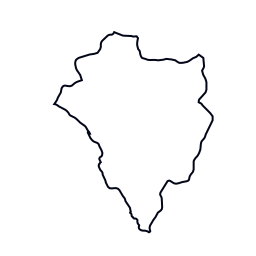 an SVG outline of Benguela, rotated 289°
{"feature_id": "AGO-1887", "entity_name": "Benguela", "entity_type": "Province", "adm_level": 1, "iso_a3": "AGO", "parent_name": "Angola", "parent_adm1": "", "projection": "mercator", "projection_center": [13.731, -12.811], "detail": "fine", "context": "isolated", "style": "outline", "palette": "ink", "viewbox_px": 256, "rotation_deg": 289, "n_neighbors": 0, "source": "natural_earth", "source_scale": "10m", "svg_char_len": 2871}
<svg xmlns="http://www.w3.org/2000/svg" viewBox="0 0 256 256"><g transform="rotate(289 128 128)"><path d="M37.0,183.1L37.1,182.9L36.3,181.9L36.2,181.4L36.4,181.1L36.6,180.8L36.6,178.5L36.4,177.4L35.7,175.0L35.6,173.9L35.8,172.7L36.2,171.6L37.0,170.8L38.0,170.4L39.5,170.3L40.0,169.8L40.4,169.0L41.4,167.9L42.6,167.3L43.5,167.1L44.2,166.7L44.8,165.4L44.9,164.7L44.7,164.2L44.5,163.7L44.4,163.1L44.5,162.6L45.2,161.9L45.3,161.4L45.8,160.3L47.8,159.2L48.3,158.4L48.5,157.6L48.9,157.5L49.4,157.8L49.8,157.9L51.1,157.0L51.2,156.9L52.4,156.3L53.3,155.7L57.9,149.6L60.0,148.1L60.7,147.4L61.9,145.4L66.3,140.3L67.3,138.4L67.3,136.4L66.6,134.5L65.6,132.4L65.1,130.1L65.9,128.2L69.2,124.8L70.9,123.8L75.6,119.3L77.4,118.4L78.0,117.8L79.2,115.7L79.7,115.1L81.7,113.2L82.9,112.5L84.3,112.4L84.4,112.7L86.0,112.9L86.8,113.4L89.1,111.1L89.9,110.8L91.2,111.0L92.4,112.0L93.6,112.4L96.1,111.9L98.2,110.3L101.4,106.9L103.0,105.7L103.6,104.7L103.9,103.6L104.0,100.6L104.3,99.2L104.9,97.9L106.2,95.8L110.7,91.4L111.2,91.4L111.2,91.9L110.4,92.2L110.0,92.6L109.9,93.2L110.2,93.9L111.3,92.8L112.8,90.5L115.1,87.9L115.8,86.8L117.5,81.1L119.6,76.7L120.4,74.4L121.1,69.3L121.6,68.2L122.7,67.1L123.5,65.9L124.2,64.5L124.8,62.9L125.9,55.7L126.6,53.5L126.8,52.0L126.6,50.5L130.2,51.5L132.0,51.8L133.8,51.8L139.7,52.9L143.9,52.3L145.4,52.6L146.8,53.3L147.6,54.6L148.2,58.1L148.7,59.7L149.8,61.1L153.0,63.0L154.8,64.5L158.2,68.8L162.6,65.5L166.1,60.8L167.5,59.5L170.9,57.4L172.6,56.8L174.4,56.6L175.8,56.8L178.2,58.5L185.0,67.8L187.0,71.7L189.1,74.7L193.4,76.0L195.8,75.9L198.8,74.9L200.5,74.8L202.2,75.3L208.7,78.7L209.9,79.8L210.6,81.2L211.0,82.4L212.5,83.5L214.1,83.7L213.7,92.8L214.0,94.3L216.1,101.3L216.1,103.0L217.5,106.3L216.2,108.2L213.1,108.6L210.6,109.2L209.0,109.9L207.3,111.0L205.9,112.0L204.7,113.9L201.3,115.9L199.8,117.1L198.8,118.6L199.0,122.0L198.9,123.9L199.2,125.9L201.1,131.2L201.9,134.7L204.1,139.2L205.7,141.5L206.0,142.4L207.0,147.0L207.4,150.8L206.9,152.2L206.6,153.5L206.3,155.2L206.8,156.9L207.6,158.8L209.8,162.5L211.5,164.1L215.2,166.8L217.5,169.4L220.4,171.0L218.8,176.4L211.0,179.9L209.5,179.9L206.3,179.4L202.8,181.8L200.0,184.9L198.3,186.3L196.7,187.3L189.7,189.7L186.9,189.7L181.1,187.3L178.4,186.1L177.5,185.9L175.3,186.5L175.1,188.4L174.8,189.6L173.7,191.1L168.8,201.0L166.6,204.2L162.9,205.5L147.2,203.6L144.8,203.7L143.0,203.4L139.5,202.0L138.3,201.9L136.6,202.1L131.3,203.4L127.9,203.4L125.6,203.1L123.7,202.6L122.1,201.8L119.8,201.1L118.0,200.9L110.4,203.5L108.2,203.7L107.1,203.5L104.5,202.5L102.3,202.1L98.8,202.5L97.4,201.7L96.5,200.4L94.6,197.0L92.1,193.6L91.1,191.8L90.7,190.2L90.9,188.5L91.7,185.2L91.6,183.9L90.6,182.7L77.4,179.7L75.6,180.0L74.5,181.0L73.4,182.2L72.2,182.9L64.5,186.0L62.5,186.4L60.8,185.9L57.7,183.8L52.7,183.0L49.2,181.9L42.7,180.6L40.7,180.9L39.4,181.5L37.1,183.0L37.0,183.1Z" fill="none" stroke="#020617" stroke-width="2"/></g></svg>